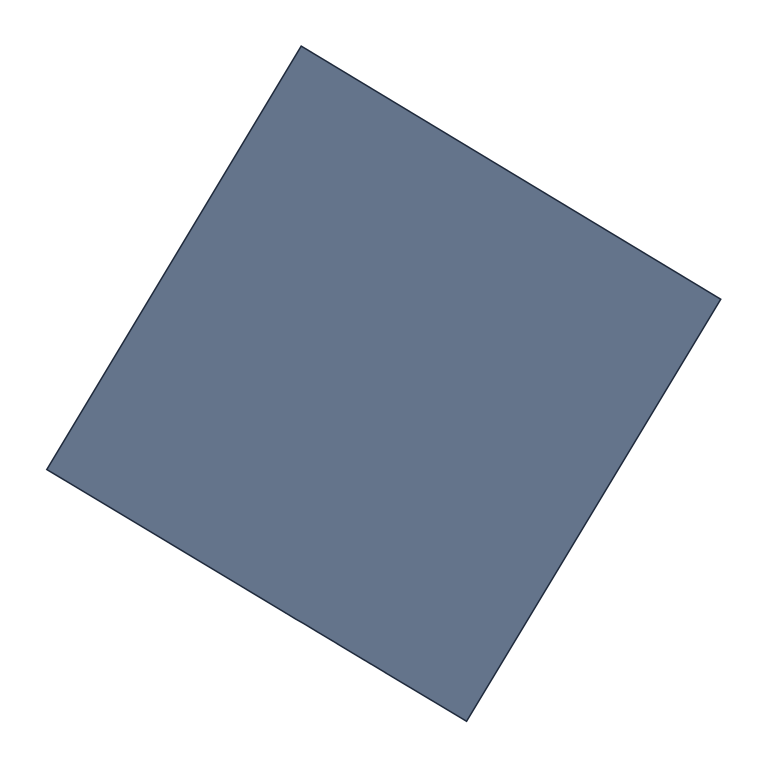 outline of Lipscomb, Texas, United States of America, rotated 211°
{"feature_id": "52423323B40527291934066", "entity_name": "Lipscomb", "entity_type": "district", "adm_level": 2, "iso_a3": "USA", "parent_name": "United States of America", "parent_adm1": "Texas", "projection": "mercator", "projection_center": [-100.37, 36.278], "detail": "fine", "context": "isolated", "style": "filled", "palette": "slate", "viewbox_px": 768, "rotation_deg": 211, "n_neighbors": 0, "source": "geoboundaries", "source_scale": "gbopen_adm2", "svg_char_len": 507}
<svg xmlns="http://www.w3.org/2000/svg" viewBox="0 0 768 768"><g transform="rotate(211 384 384)"><path d="M139.5,137.4L139.0,630.1L144.8,630.1L629.0,631.0L629.0,137.0L626.0,137.0L548.6,137.1L466.8,137.1L350.7,137.1L350.4,137.0L350.2,137.1L338.6,137.0L329.4,137.3L313.8,137.2L289.8,137.3L289.8,137.2L258.4,137.2L258.4,137.3L251.5,137.2L251.5,137.3L240.1,137.3L233.8,137.3L233.8,137.2L161.0,137.4L153.7,137.4L153.6,137.5L152.9,137.4L139.5,137.4Z" fill="#64748b" stroke="#1e293b" stroke-width="1.5"/></g></svg>